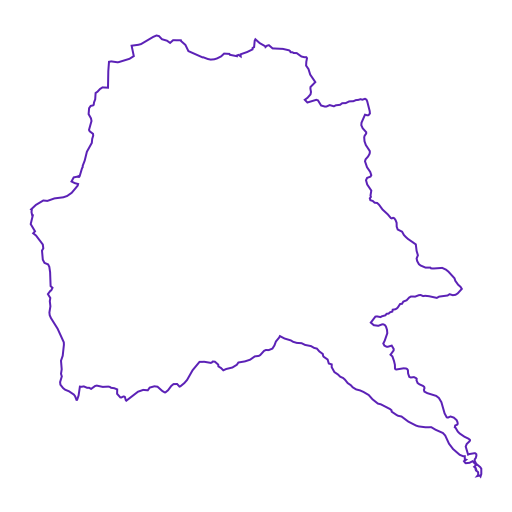 Cáqueza, Cundinamarca, Colombia (orthographic projection)
{"feature_id": "7082276B82562471166978", "entity_name": "Cáqueza", "entity_type": "district", "adm_level": 2, "iso_a3": "COL", "parent_name": "Colombia", "parent_adm1": "Cundinamarca", "projection": "orthographic", "projection_center": [-73.917, 4.395], "detail": "fine", "context": "isolated", "style": "outline", "palette": "violet", "viewbox_px": 512, "rotation_deg": 0, "n_neighbors": 0, "source": "geoboundaries", "source_scale": "gbopen_adm2", "svg_char_len": 5951}
<svg xmlns="http://www.w3.org/2000/svg" viewBox="0 0 512 512"><path d="M461.8,288.9L460.5,286.8L458.1,284.7L455.3,280.8L454.5,278.3L448.4,271.6L445.9,269.6L442.2,267.9L433.5,268.5L431.1,268.4L430.3,267.6L425.5,267.6L420.6,265.5L418.9,264.2L417.2,261.1L416.6,258.5L417.9,255.3L416.6,250.9L415.8,244.4L407.9,238.9L405.7,236.9L403.9,235.0L402.1,231.7L397.7,229.5L396.7,226.7L396.6,222.8L395.6,220.2L394.3,218.3L393.1,217.8L391.8,218.4L390.8,218.0L387.8,214.4L382.5,209.5L379.0,204.7L377.2,203.0L374.6,202.7L372.8,201.0L370.4,200.2L369.8,198.3L370.9,196.9L370.5,195.5L371.3,190.6L367.2,184.5L366.0,180.2L367.1,177.9L370.5,176.6L371.3,175.2L370.2,171.9L367.0,167.2L365.0,161.3L365.6,159.3L368.0,156.6L369.4,154.2L369.8,152.9L369.8,151.1L365.8,145.0L364.5,141.2L364.2,137.3L364.6,135.8L366.2,133.5L366.2,132.2L362.7,128.3L361.3,125.2L361.5,122.7L365.0,114.7L367.3,115.3L368.5,115.2L369.9,113.5L369.7,111.1L367.2,101.3L366.4,99.6L365.0,98.8L362.4,99.7L360.5,99.2L358.3,99.9L355.9,100.1L353.4,101.2L349.2,101.4L345.7,103.1L342.2,103.2L340.1,104.8L335.8,105.3L333.9,106.3L329.7,105.1L326.5,106.5L325.0,106.6L321.1,105.5L318.0,100.4L316.3,99.8L307.4,102.5L304.8,99.8L307.5,97.8L310.5,94.4L311.0,92.0L310.4,88.7L310.5,87.0L315.3,82.1L310.2,74.6L308.5,69.1L306.1,65.6L306.3,61.8L307.0,58.2L306.3,57.2L304.3,57.2L301.4,56.5L296.7,53.1L293.6,53.0L292.6,52.3L290.6,52.2L290.1,51.1L289.0,50.3L282.9,48.9L272.6,48.4L268.9,45.2L267.0,45.7L265.5,47.0L265.3,46.3L259.7,43.1L255.4,39.3L254.7,40.7L254.1,47.1L252.6,48.0L252.5,49.4L247.2,52.0L240.6,54.3L240.7,56.4L238.5,54.9L236.9,55.5L236.9,56.2L229.9,54.8L229.4,53.9L224.1,53.6L221.1,56.4L216.9,58.5L214.2,59.3L210.7,59.6L207.8,59.0L203.3,57.3L202.6,57.4L188.4,51.1L185.4,44.9L181.1,41.1L180.9,40.3L173.1,40.2L170.1,42.9L167.0,40.7L161.9,39.2L159.0,36.1L156.5,35.5L153.2,36.9L141.0,44.1L138.3,44.8L131.6,45.7L133.8,56.1L129.5,58.8L118.8,62.1L117.6,62.3L111.3,61.4L109.0,61.8L108.3,71.1L108.0,87.7L102.5,87.4L100.0,89.0L97.5,91.7L95.6,93.0L95.2,99.3L94.0,102.5L93.7,104.8L93.0,105.4L90.7,105.9L89.1,108.2L88.6,114.1L91.0,118.4L91.5,121.0L89.0,129.9L89.7,131.3L93.0,133.8L93.2,135.6L92.2,138.9L91.8,142.9L86.9,151.7L84.7,160.6L82.7,165.8L82.7,167.1L82.0,168.3L79.7,176.0L79.3,176.7L78.4,176.2L78.1,176.9L77.1,176.7L73.7,177.4L71.5,181.5L74.7,183.1L78.1,184.0L77.7,185.6L71.7,192.8L67.1,196.0L63.3,197.3L54.5,198.4L47.4,200.9L43.3,200.5L35.9,204.9L31.1,209.4L31.8,209.9L31.5,212.0L32.2,215.4L32.8,215.4L30.7,224.1L35.0,231.3L33.2,233.3L36.0,235.5L42.8,244.5L43.3,248.3L42.0,250.6L42.8,259.7L44.5,262.9L48.1,264.4L49.3,266.8L50.1,272.2L50.6,286.1L52.5,287.8L51.2,290.4L50.3,290.9L47.9,294.1L50.3,298.0L49.8,301.2L50.4,306.3L49.4,312.5L49.7,315.2L50.9,318.0L57.6,328.7L63.8,342.3L63.9,344.8L62.7,355.8L61.0,360.7L61.7,369.3L61.0,373.8L61.8,376.4L60.1,382.1L60.4,384.7L63.1,388.1L65.1,389.7L69.0,391.3L73.9,394.6L75.1,396.3L76.5,399.9L77.0,399.9L77.3,399.3L78.6,395.4L79.9,386.6L81.4,386.8L83.8,386.4L87.1,387.8L89.2,387.8L91.1,388.9L95.1,386.0L96.8,385.6L102.7,386.9L108.3,386.6L109.8,386.9L111.1,387.8L114.2,388.2L117.2,389.4L117.1,393.8L120.3,397.4L121.3,397.5L123.4,396.5L124.3,396.6L124.9,397.0L125.8,400.2L126.3,400.7L138.0,391.7L143.2,389.9L147.8,390.3L149.7,387.6L154.4,386.3L157.5,386.7L162.3,391.0L164.7,392.4L165.4,392.4L168.0,390.3L171.3,385.9L173.5,384.1L177.1,384.0L179.5,386.6L180.4,386.3L184.3,383.1L187.1,379.9L192.6,370.2L199.5,361.9L204.4,361.8L210.8,362.9L211.8,362.5L212.8,361.5L214.9,361.7L218.2,364.6L218.4,366.4L221.0,368.0L223.3,370.3L226.2,369.0L232.4,367.5L236.8,364.8L238.4,362.5L244.9,361.4L250.1,359.7L254.8,356.4L258.8,355.9L260.2,355.1L264.1,350.8L265.9,350.0L268.7,350.1L272.4,348.6L274.4,345.5L275.9,341.5L279.2,337.5L279.9,336.1L284.5,338.5L290.8,340.4L293.1,341.8L296.8,342.9L301.6,343.2L305.0,344.9L311.0,346.1L314.1,347.9L316.9,348.6L319.3,351.4L322.8,354.0L323.1,355.8L323.6,356.7L327.6,359.5L328.8,363.5L331.7,364.4L331.7,367.2L334.4,372.1L338.0,374.5L340.2,376.7L343.1,378.0L344.9,379.6L347.7,383.1L350.8,385.2L352.7,387.3L356.1,389.4L360.0,390.4L363.4,391.9L368.7,395.0L372.5,399.3L377.9,403.6L380.8,404.3L390.1,409.1L391.5,410.3L391.7,411.7L396.6,415.0L398.1,415.8L401.5,416.5L408.3,421.6L416.1,425.6L418.6,426.4L425.7,427.3L431.3,427.2L435.5,429.7L442.9,433.0L445.2,435.5L449.0,443.7L453.1,449.1L459.7,454.8L463.1,456.2L464.8,456.2L464.8,459.2L466.1,459.7L464.0,461.2L465.0,462.6L465.8,463.2L469.5,462.8L472.6,461.2L476.2,465.0L474.2,466.8L475.7,468.1L475.5,468.8L476.0,469.0L476.3,469.9L476.0,470.5L477.9,471.9L478.2,472.8L478.1,475.0L477.2,476.1L479.7,475.5L480.5,476.5L481.3,474.0L481.3,468.7L480.2,467.1L476.2,463.8L474.7,460.9L474.7,459.4L475.7,458.1L476.4,455.7L476.3,454.2L475.3,453.3L474.5,453.2L469.1,454.1L468.1,454.6L465.7,446.6L466.7,444.0L469.5,441.3L470.0,440.5L469.9,439.8L468.5,438.7L464.4,436.7L459.7,433.5L457.8,431.6L455.5,427.7L454.8,427.3L455.2,425.5L457.3,424.6L457.7,423.8L457.5,422.2L456.6,420.1L453.8,417.6L450.5,416.5L447.9,417.6L446.7,417.3L444.6,413.4L441.4,402.2L438.9,398.0L436.2,395.9L427.2,393.1L424.4,391.6L423.9,389.9L424.5,388.1L424.2,386.9L423.0,385.9L419.4,384.3L417.6,383.0L416.5,380.3L416.7,378.8L416.0,378.1L413.9,377.1L410.8,377.5L409.3,376.9L408.1,373.5L407.9,370.2L407.2,369.1L406.1,368.5L403.6,368.3L396.3,369.5L395.4,369.2L395.0,368.4L394.9,364.8L394.0,361.0L392.4,356.4L390.5,354.7L393.6,350.5L393.7,349.0L391.7,345.6L387.7,346.8L386.5,346.7L384.4,345.6L383.3,343.5L384.7,340.7L387.3,333.2L387.0,329.8L386.0,326.7L385.1,325.3L383.6,324.4L382.3,324.3L378.3,325.8L373.8,325.2L370.8,322.6L375.4,316.6L377.0,316.4L380.6,317.1L381.6,316.4L385.4,315.3L386.6,313.8L388.6,313.6L390.0,312.3L392.3,311.6L392.7,309.7L395.2,309.3L396.6,308.6L397.7,307.6L400.1,304.0L402.0,303.8L403.3,301.6L406.6,300.3L409.2,297.5L411.0,296.5L415.2,296.6L418.8,295.2L420.6,295.0L423.1,296.1L425.2,295.8L429.0,296.2L436.8,297.9L439.2,296.6L447.6,295.5L449.6,294.2L452.8,295.2L455.5,294.8L457.7,293.4L461.8,288.9Z" fill="none" stroke="#5b21b6" stroke-width="2"/></svg>